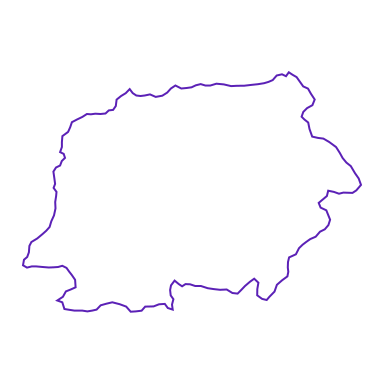 Silvianópolis, Minas Gerais, Brazil
{"feature_id": "56859067B54636857626942", "entity_name": "Silvianópolis", "entity_type": "district", "adm_level": 2, "iso_a3": "BRA", "parent_name": "Brazil", "parent_adm1": "Minas Gerais", "projection": "orthographic", "projection_center": [-45.809, -22.036], "detail": "fine", "context": "isolated", "style": "outline", "palette": "violet", "viewbox_px": 384, "rotation_deg": 0, "n_neighbors": 0, "source": "geoboundaries", "source_scale": "gbopen_adm2", "svg_char_len": 2423}
<svg xmlns="http://www.w3.org/2000/svg" viewBox="0 0 384 384"><path d="M309.5,129.0L308.2,122.5L304.4,119.5L301.6,116.7L303.3,111.9L307.1,108.1L312.4,105.2L314.7,99.5L310.9,93.7L308.0,88.6L303.2,86.4L300.0,81.9L296.6,77.1L292.6,74.8L288.8,72.3L286.0,76.2L282.0,74.3L276.7,75.5L272.7,80.1L268.5,81.9L264.1,83.2L257.9,84.2L251.3,84.9L244.4,85.7L237.0,85.8L231.1,86.1L223.8,84.4L216.4,83.7L210.4,85.5L205.3,85.5L200.7,84.1L195.8,85.3L191.6,87.3L186.6,88.0L181.3,88.5L175.4,85.5L170.9,88.5L167.2,92.6L162.3,95.7L155.7,96.9L150.0,94.4L144.7,95.5L140.5,96.0L136.3,95.5L132.7,93.1L129.7,89.1L125.7,93.2L121.1,96.0L116.6,99.6L115.8,106.0L113.1,109.9L108.8,110.4L105.5,113.5L100.4,114.0L95.3,113.7L90.9,114.3L86.9,114.0L82.4,116.9L77.0,119.5L71.9,122.2L70.2,127.2L68.1,131.9L62.4,136.1L61.9,142.0L61.9,147.0L60.1,152.1L63.7,153.9L65.0,157.9L61.8,161.0L60.1,165.5L56.0,167.5L53.4,171.6L54.4,178.6L55.1,183.9L53.6,187.9L56.5,191.9L56.1,196.2L55.2,202.0L55.5,208.4L54.0,215.4L51.3,221.3L49.6,227.0L46.2,230.8L42.6,234.0L37.2,238.5L31.4,242.0L29.4,245.9L28.9,252.3L27.2,257.0L24.0,259.7L23.0,265.3L27.0,267.6L31.8,266.4L36.1,266.4L42.7,267.0L48.8,267.5L53.6,267.3L58.1,267.0L62.3,265.8L66.5,267.9L69.3,271.8L71.8,275.0L75.1,279.8L75.6,287.3L70.7,289.5L65.9,291.4L62.9,296.8L57.3,300.5L62.3,302.3L64.4,309.0L68.6,309.7L74.4,310.6L82.3,310.6L87.4,311.4L92.2,310.6L96.6,309.6L100.7,305.3L106.4,303.7L112.3,302.3L119.7,304.2L126.2,306.6L130.7,311.7L135.7,311.4L141.6,310.7L145.2,306.6L149.7,306.5L153.6,306.4L159.0,304.3L164.8,303.9L167.8,308.0L172.7,309.6L172.0,304.6L173.4,299.2L170.7,295.4L170.1,290.0L171.0,285.4L174.6,280.6L178.8,284.1L182.1,286.3L185.5,284.1L190.1,284.3L195.2,286.0L200.9,286.0L207.7,288.2L213.8,289.1L220.1,289.8L226.7,289.5L232.4,293.0L237.6,293.6L241.2,290.0L245.0,286.0L249.9,281.8L254.2,278.7L258.4,282.7L257.3,289.1L257.2,295.3L262.1,298.9L266.7,300.0L269.4,296.8L274.5,291.6L276.9,284.8L282.2,280.2L287.4,276.4L288.3,271.8L287.8,267.5L288.0,262.0L289.1,257.4L295.9,254.3L299.0,248.2L302.6,244.7L306.4,241.8L310.2,239.1L315.7,236.7L320.0,231.7L324.8,229.3L328.4,225.1L330.1,219.7L326.3,210.3L320.6,207.6L318.7,202.9L326.9,196.0L328.2,190.7L333.9,191.9L339.0,193.7L343.4,192.6L352.5,192.9L356.3,190.4L361.0,184.9L358.7,178.5L355.0,173.2L350.8,166.1L346.4,162.6L342.6,158.0L339.8,152.9L336.1,147.1L329.2,142.0L323.4,138.6L317.9,137.9L312.2,136.6L309.5,129.0Z" fill="none" stroke="#5b21b6" stroke-width="2"/></svg>